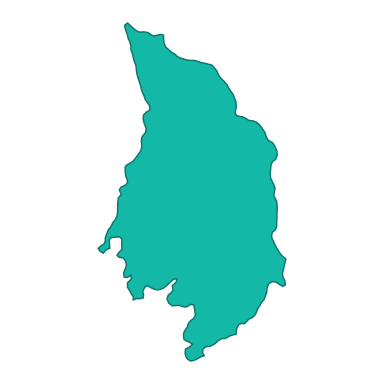 the district of Natalândia, Minas Gerais, Brazil
{"feature_id": "56859067B59404569750037", "entity_name": "Natalândia", "entity_type": "district", "adm_level": 2, "iso_a3": "BRA", "parent_name": "Brazil", "parent_adm1": "Minas Gerais", "projection": "robinson", "projection_center": [-46.487, -16.539], "detail": "fine", "context": "isolated", "style": "filled", "palette": "teal", "viewbox_px": 384, "rotation_deg": 0, "n_neighbors": 0, "source": "geoboundaries", "source_scale": "gbopen_adm2", "svg_char_len": 3503}
<svg xmlns="http://www.w3.org/2000/svg" viewBox="0 0 384 384"><path d="M163.6,35.2L161.0,34.4L157.5,35.2L153.8,35.9L151.3,35.0L148.4,32.7L144.0,31.9L139.5,32.2L136.0,30.5L133.6,28.6L131.2,26.4L127.6,23.0L124.6,25.3L125.6,29.9L127.1,34.0L128.2,38.4L129.9,42.1L130.9,46.0L131.0,50.1L132.6,54.2L133.5,58.8L134.7,62.4L135.9,65.3L136.3,68.7L136.7,73.0L137.6,76.4L138.5,79.3L139.6,82.5L140.7,86.1L141.4,89.3L142.5,92.3L144.0,95.8L145.5,100.0L147.3,102.3L149.5,105.6L150.0,109.9L146.5,112.0L143.6,114.9L143.1,118.7L144.0,122.7L145.0,125.5L146.1,128.2L145.7,132.4L143.2,135.3L141.7,137.7L141.4,141.0L141.7,144.4L141.7,147.5L140.6,151.1L137.8,155.1L135.5,158.2L133.0,161.2L130.1,163.1L127.1,164.8L125.1,167.0L125.2,171.5L125.8,176.3L127.2,179.6L127.5,182.9L124.9,185.4L121.1,187.1L119.3,189.8L121.3,194.4L118.3,198.0L117.8,202.8L117.6,207.2L117.6,211.6L117.0,216.4L114.8,220.1L112.6,223.0L110.8,226.9L108.3,229.8L106.8,233.8L105.4,237.4L105.3,241.0L104.2,243.8L100.9,245.9L98.2,248.4L100.1,251.3L103.3,253.2L106.0,249.9L109.8,248.1L109.5,244.9L109.3,239.6L111.6,237.4L114.1,237.4L116.9,237.1L119.4,236.8L121.9,239.0L121.7,242.9L121.8,245.8L122.2,249.2L119.2,252.1L117.0,255.3L119.2,257.4L123.3,257.9L125.7,261.4L126.5,265.8L124.9,269.6L123.6,273.3L124.2,277.1L127.5,277.4L130.9,275.2L131.4,279.1L127.5,282.7L127.5,287.3L129.7,290.8L131.3,293.8L133.3,296.5L133.3,299.9L137.0,298.5L139.9,298.7L143.2,297.9L143.5,294.8L142.8,291.5L144.6,287.4L147.4,285.5L150.5,287.5L154.3,289.2L157.4,289.9L160.6,289.3L163.4,288.2L166.7,285.6L169.4,282.9L171.5,281.2L173.8,279.0L176.9,279.1L176.2,282.0L174.2,283.9L172.2,285.9L173.1,290.1L170.8,293.2L168.4,294.8L166.9,298.6L168.8,303.2L172.3,305.8L176.0,305.5L178.9,305.2L181.8,306.3L185.1,307.1L188.2,306.1L190.5,304.4L193.9,305.0L194.6,309.8L195.5,315.2L193.4,318.7L190.9,320.4L188.5,323.2L187.2,327.3L184.9,330.5L183.7,333.0L183.5,336.1L183.9,339.0L186.0,340.9L189.2,342.0L192.5,344.4L189.2,347.2L185.5,349.0L185.1,353.0L186.0,356.7L187.6,359.1L190.4,361.0L193.5,360.5L197.3,358.9L200.7,356.8L204.2,355.7L202.5,352.8L202.9,349.3L205.8,346.7L210.3,346.2L213.8,344.4L215.9,342.9L217.9,340.9L221.5,338.7L225.7,338.4L228.9,336.3L232.8,334.9L236.0,334.3L236.3,331.3L236.9,327.8L238.6,324.8L241.2,323.4L244.2,323.7L246.4,321.8L248.9,319.1L252.4,317.5L255.3,314.6L256.6,311.7L257.6,308.8L259.8,305.7L261.6,302.2L263.8,300.0L265.1,296.8L266.6,292.7L267.1,287.7L268.8,283.7L272.5,281.5L276.3,282.3L279.5,284.5L282.7,286.4L285.3,284.8L284.8,280.7L282.7,276.4L282.6,272.3L283.5,269.6L283.9,266.8L284.8,263.6L285.8,259.0L283.0,256.7L281.1,254.7L279.2,252.1L277.5,249.4L275.1,245.1L273.5,241.5L272.1,238.7L271.5,235.6L272.5,232.1L275.3,229.8L276.5,227.1L276.8,220.8L276.9,217.5L276.9,214.0L277.1,210.1L277.2,206.1L276.6,201.2L275.0,198.2L273.8,195.5L274.3,191.8L275.0,188.5L274.1,185.4L272.5,182.1L270.6,178.1L270.2,173.1L270.6,169.1L271.0,165.2L272.4,161.7L275.6,159.3L277.1,155.7L276.9,151.1L275.2,147.0L272.6,142.7L268.5,140.5L266.2,137.0L265.1,132.9L263.0,129.6L261.1,126.8L258.9,124.2L256.2,122.2L253.1,120.9L248.9,120.4L245.8,118.4L242.6,116.8L239.7,116.5L236.6,115.5L235.0,113.0L235.6,110.2L236.3,106.6L235.9,101.7L234.5,98.1L233.1,94.5L230.6,91.0L228.6,87.9L227.1,84.9L224.2,81.5L221.1,78.5L218.8,75.6L217.1,71.4L214.4,67.9L211.8,65.1L207.6,64.0L204.4,63.2L200.8,62.5L197.2,61.2L194.1,60.4L190.9,60.4L187.2,60.1L183.2,58.9L179.5,57.7L176.7,56.0L174.5,53.8L171.9,52.5L169.0,50.0L165.7,47.1L164.0,42.8L163.6,38.7L163.6,35.2Z" fill="#14b8a6" stroke="#0f766e" stroke-width="1.5"/></svg>